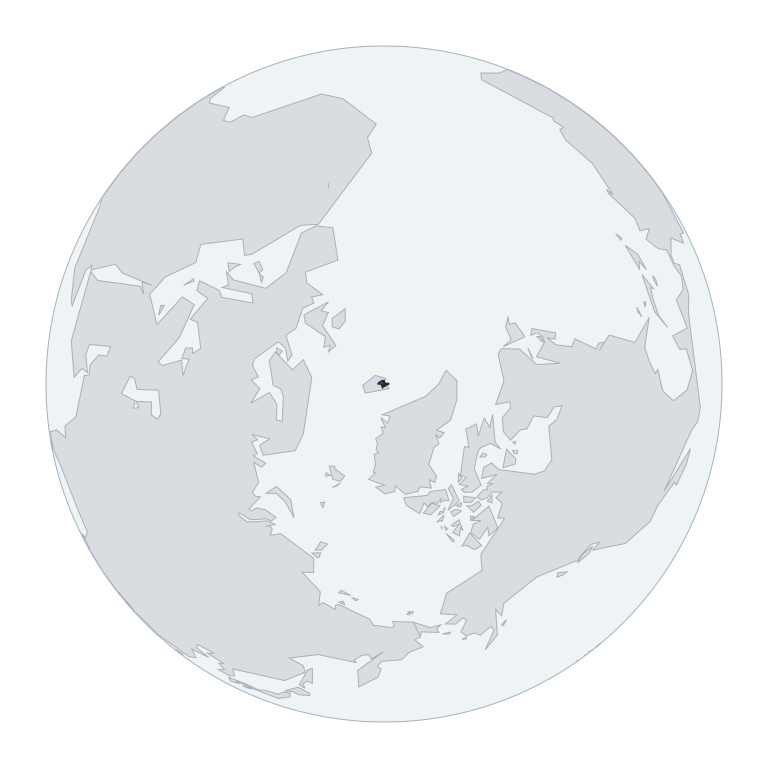 Vesturland highlighted on a globe, orthographic projection, rotated 184°
{"feature_id": "ISL-710", "entity_name": "Vesturland", "entity_type": "Region", "adm_level": 1, "iso_a3": "ISL", "parent_name": "Iceland", "parent_adm1": "", "projection": "orthographic", "projection_center": [-22.162, 64.9], "detail": "fine", "context": "on_globe", "style": "filled", "palette": "slate", "viewbox_px": 768, "rotation_deg": 184, "n_neighbors": 0, "source": "natural_earth", "source_scale": "10m", "svg_char_len": 13129}
<svg xmlns="http://www.w3.org/2000/svg" viewBox="0 0 768 768"><g transform="rotate(184 384 384)"><circle cx="384" cy="384" r="338" fill="#eef3f6" stroke="#a8b0b8"/><path d="M133.0,610.2L120.0,594.9L95.7,555.6L99.0,554.4L95.1,545.3L107.9,549.7L106.7,532.5L102.8,524.6L97.5,523.6L86.1,493.8L85.2,475.3L66.8,382.8L68.5,368.5L74.2,358.7L97.1,296.6L73.7,341.0L77.1,323.9L85.3,303.6L87.4,306.1L101.9,282.9L108.9,265.5L132.2,241.8L164.1,232.9L157.8,241.3L166.1,238.6L174.6,228.1L178.1,222.0L218.4,202.0L249.2,173.5L250.4,161.0L256.9,166.8L253.4,141.5L264.6,125.9L257.1,145.8L260.4,149.8L270.6,140.0L276.2,142.0L284.3,138.6L290.0,142.0L285.2,153.9L288.8,156.5L295.9,149.5L306.0,148.9L295.2,158.7L311.8,158.8L306.8,179.7L273.2,204.9L275.5,220.8L254.3,258.4L261.3,258.2L257.7,273.0L264.5,278.5L258.6,284.4L269.1,283.8L273.2,277.4L279.2,275.1L283.6,277.9L276.8,285.7L273.7,285.4L274.0,289.2L268.7,292.0L273.8,292.2L265.1,301.6L280.1,296.6L278.6,307.7L271.1,312.8L263.6,306.6L227.6,304.5L217.7,308.6L211.3,320.2L216.6,353.5L209.1,360.7L205.0,374.6L212.8,373.0L218.9,361.7L232.5,362.7L238.3,349.2L244.7,347.8L253.9,336.7L261.4,344.7L263.6,358.7L256.3,368.5L257.1,375.2L271.2,371.2L264.5,395.3L272.2,421.6L269.5,427.4L251.3,428.3L233.2,414.1L209.6,417.0L233.8,421.8L226.7,437.0L229.2,442.5L234.8,445.8L241.0,442.8L240.4,449.6L216.3,446.9L216.5,440.7L224.1,441.4L215.5,435.1L199.2,434.2L196.9,442.4L174.8,433.7L172.8,439.6L166.9,441.3L171.5,432.4L162.8,448.5L136.4,443.0L124.1,468.8L126.5,438.8L121.5,426.2L114.2,413.5L111.9,417.5L105.4,396.5L93.9,387.5L81.3,399.1L77.0,418.8L85.0,440.2L91.3,439.1L99.4,452.1L85.3,460.9L98.2,488.2L92.2,499.0L94.8,512.5L103.3,522.6L111.4,537.4L120.1,538.2L132.7,546.8L130.1,557.5L139.4,554.8L144.9,566.6L171.8,588.6L169.1,589.4L191.3,618.4L219.8,640.0L226.4,650.2L222.6,652.3L233.4,658.5L233.7,661.1L280.7,682.2L307.9,694.4L309.1,701.0L290.4,702.2L283.1,706.3L267.3,701.1L242.1,690.7L217.8,678.2L194.6,663.8L172.6,647.7L152.1,629.8L133.0,610.2ZM152.2,138.2L154.8,136.0L149.7,140.7L152.2,138.2ZM158.8,132.6L157.4,133.7L159.1,132.3L158.8,132.6ZM161.6,130.1L159.6,131.9L161.7,130.0L161.6,130.1ZM165.2,127.0L163.3,128.6L165.2,127.0ZM119.1,475.0L134.2,511.0L121.8,497.9L124.8,498.8L121.8,488.0L114.9,471.6L105.1,460.3L119.1,475.0ZM171.4,121.9L173.0,120.6L171.5,121.9L171.4,121.9ZM134.5,474.2L131.5,468.9L135.0,473.2L134.5,474.2ZM178.8,219.0L174.2,227.8L164.5,236.7L167.7,229.1L178.8,219.0ZM198.0,203.3L197.4,207.7L188.1,209.6L191.3,206.5L198.0,203.3ZM250.0,151.9L245.2,157.6L248.0,151.5L250.0,151.9ZM284.4,137.6L284.0,135.4L288.4,134.6L284.4,137.6ZM249.2,333.1L251.5,334.9L248.6,336.0L249.2,333.1ZM251.1,326.7L246.1,326.7L246.2,323.7L249.3,323.7L251.1,326.7ZM301.2,139.2L308.4,138.8L300.2,141.2L301.2,139.2ZM257.2,327.4L247.1,318.4L247.5,313.2L259.5,309.0L257.2,327.4ZM312.0,140.0L329.5,139.3L330.1,134.2L338.2,148.5L320.7,144.1L310.6,147.7L314.5,143.1L312.0,140.0ZM272.6,274.2L268.5,281.1L267.9,272.9L272.6,274.2ZM270.8,269.5L260.4,248.3L268.7,239.9L270.5,248.5L278.0,235.8L287.1,242.0L285.1,250.5L277.9,254.6L286.9,253.9L270.8,269.5ZM339.9,156.7L343.5,158.4L338.9,158.9L339.9,156.7ZM281.5,273.6L278.7,269.9L285.7,262.2L292.6,268.2L288.1,268.7L281.5,273.6ZM275.4,229.6L281.9,225.1L291.0,228.9L294.8,227.7L288.0,241.5L275.4,229.6ZM288.8,271.9L296.0,271.5L296.7,277.7L284.8,276.7L288.8,271.9ZM284.5,257.8L288.2,254.5L288.4,258.3L284.5,257.8ZM303.2,300.0L299.6,295.5L303.0,291.1L303.2,300.0ZM298.6,270.9L298.3,268.8L299.3,266.6L304.0,267.7L298.6,270.9ZM295.0,243.3L297.5,245.9L298.2,237.8L305.1,240.6L299.4,249.4L304.7,246.7L306.9,247.6L299.8,253.9L295.0,243.3ZM311.6,262.3L306.7,274.8L312.5,284.0L309.7,288.2L300.8,272.7L311.6,262.3ZM305.3,256.8L308.6,261.1L303.4,263.9L298.0,262.7L305.3,256.8ZM311.9,239.4L302.8,232.9L304.3,231.2L311.9,239.4ZM314.3,264.4L315.5,261.3L315.4,264.7L314.3,264.4ZM313.8,246.3L310.3,244.2L312.2,242.4L313.8,246.3ZM320.6,257.2L319.0,261.1L315.3,260.4L320.6,257.2ZM318.3,251.8L321.7,249.7L314.9,257.7L316.4,251.1L318.3,251.8ZM316.1,245.0L316.1,243.2L317.3,246.1L316.1,245.0ZM335.7,258.0L328.0,268.3L319.7,266.4L328.3,256.7L335.7,258.0ZM667.7,200.3L665.8,198.9L675.0,213.9L671.3,209.6L669.6,215.7L681.0,238.1L701.3,281.1L709.1,295.5L713.9,313.1L707.2,315.3L697.6,308.0L699.4,319.8L689.1,329.5L683.4,371.7L678.8,372.2L678.6,382.3L670.7,393.0L662.3,392.6L659.3,402.4L680.6,402.9L683.5,392.2L680.6,374.8L686.5,378.3L693.6,369.1L699.0,405.1L684.4,475.8L676.8,467.3L633.5,464.5L631.3,458.5L630.9,458.1L630.0,457.6L632.4,468.7L622.9,466.4L652.6,476.3L660.3,484.8L684.3,477.3L683.6,482.0L689.4,476.7L700.5,440.3L701.9,444.4L700.5,478.3L679.6,541.8L678.8,548.9L677.1,552.2L662.7,575.1L646.5,596.9L628.6,617.2L609.1,636.1L588.2,653.3L565.9,668.8L564.1,668.7L577.3,656.6L577.6,652.0L557.8,649.1L562.6,635.6L555.7,634.4L542.5,642.6L533.8,640.6L525.2,644.4L466.6,668.9L444.9,665.7L409.9,642.6L417.7,628.7L412.4,613.4L460.7,538.6L478.4,536.5L525.0,504.1L532.2,502.6L534.9,518.8L576.4,510.5L580.2,492.1L609.7,475.5L624.0,457.2L614.7,427.4L591.1,456.9L578.9,449.9L591.3,416.2L610.8,390.4L606.7,386.9L587.6,393.7L585.1,378.5L580.2,395.2L587.3,395.3L584.4,406.0L577.7,406.6L577.1,401.1L569.3,406.7L574.2,432.3L581.9,435.2L565.7,457.1L577.1,464.1L575.1,474.1L555.1,466.1L551.8,459.1L520.3,455.6L522.3,464.8L552.2,469.0L546.0,471.9L548.9,485.1L541.7,477.4L508.6,471.2L489.3,488.2L476.8,529.0L463.0,537.0L446.0,536.3L438.6,504.4L470.2,490.1L468.0,479.3L451.3,468.9L462.4,465.7L459.5,460.0L470.4,453.9L475.7,433.3L485.3,425.8L477.7,406.5L481.6,400.2L485.0,413.3L492.5,418.7L515.1,400.1L516.6,393.2L509.8,382.3L516.9,378.8L507.5,370.7L515.7,355.4L497.7,367.6L489.3,355.8L489.0,340.9L483.0,339.4L483.5,363.9L486.6,371.8L494.5,375.0L500.1,399.4L494.5,408.4L476.3,391.6L466.2,402.7L456.5,385.4L461.0,328.7L467.9,311.3L499.7,304.5L503.7,314.3L494.3,321.4L511.9,324.4L506.2,319.5L512.1,316.9L505.5,305.6L509.3,303.2L496.4,296.7L500.4,292.6L508.5,296.8L502.2,277.2L507.9,266.4L504.6,263.2L499.5,262.8L510.1,249.7L507.2,247.9L502.6,251.5L493.8,250.4L482.5,243.6L486.8,239.4L491.5,241.3L507.7,239.3L519.5,245.3L520.1,243.0L510.9,236.8L491.1,239.2L483.0,236.3L492.0,233.7L488.1,234.4L485.4,231.7L486.8,225.2L476.8,227.5L441.9,205.1L441.1,190.9L452.9,190.7L433.0,172.2L433.7,158.6L429.5,161.8L417.1,155.6L416.7,159.8L413.7,160.9L381.8,148.3L377.6,142.5L359.0,141.6L356.8,143.4L358.9,147.6L338.2,148.5L330.1,134.2L335.5,130.9L326.7,124.6L340.2,118.1L347.3,110.1L367.1,107.2L371.0,101.5L367.1,99.8L369.5,91.1L387.9,80.1L390.2,96.5L366.0,116.7L377.4,108.8L379.9,113.0L387.1,111.8L394.7,106.3L392.4,104.2L430.9,109.5L459.3,104.0L444.9,97.4L442.6,91.0L462.4,81.2L515.1,89.2L512.6,82.5L517.0,82.1L529.1,87.4L523.1,88.1L529.3,93.9L524.1,93.8L541.5,103.2L534.7,103.5L551.6,111.2L552.6,107.8L539.7,99.0L557.2,106.1L552.7,97.9L559.6,98.5L592.3,118.6L614.3,137.6L617.2,139.9L622.1,145.6L634.5,158.1L632.9,155.4L651.2,177.1L667.7,200.3ZM453.0,575.5L453.8,581.0L453.0,575.5ZM637.7,374.1L645.3,356.0L630.9,349.8L632.6,342.4L627.1,343.2L629.8,349.4L614.7,349.8L614.0,337.2L607.4,332.9L604.6,338.8L608.4,362.0L630.0,361.4L633.0,371.7L637.7,374.1ZM172.8,589.2L175.7,593.7L171.1,590.4L172.8,589.2ZM118.1,500.7L122.2,506.4L123.7,511.0L120.2,507.4L118.1,500.7ZM157.7,543.9L163.4,550.2L156.6,545.6L157.7,543.9ZM137.0,516.1L153.0,539.1L140.0,531.1L130.2,516.5L138.1,523.8L137.0,516.1ZM128.5,479.0L130.6,483.3L128.7,484.6L128.5,479.0ZM137.0,477.4L135.8,476.3L135.6,472.7L137.0,477.4ZM228.1,437.1L230.0,437.5L234.8,442.0L230.8,442.2L228.1,437.1ZM266.6,449.2L264.9,460.0L263.3,452.2L257.4,454.3L246.8,440.9L267.6,429.6L260.1,437.0L266.6,449.2ZM238.5,420.5L242.9,429.9L237.3,420.1L238.5,420.5ZM432.7,435.7L439.7,437.4L440.3,445.6L428.1,456.2L427.0,444.3L432.7,435.7ZM449.4,438.0L434.7,419.0L441.7,412.1L440.3,419.1L446.4,416.4L445.7,427.1L466.7,439.4L468.6,447.5L445.1,462.0L451.7,452.6L444.5,451.4L449.4,438.0ZM385.0,386.9L378.7,379.7L402.0,373.7L405.1,381.2L393.2,392.0L382.4,389.5L385.0,386.9ZM280.4,322.2L276.5,320.6L278.4,318.3L283.2,317.8L280.4,322.2ZM301.3,298.3L299.4,327.2L294.8,326.7L299.2,344.7L288.9,350.6L286.4,338.6L281.7,356.9L275.4,348.4L273.5,361.1L269.1,333.8L263.2,327.3L273.7,332.2L283.3,327.0L285.7,322.7L288.1,306.0L280.1,289.8L288.4,282.4L296.4,281.5L299.5,284.2L293.1,288.1L302.0,289.0L295.2,296.7L301.3,298.3ZM385.0,280.5L376.2,282.9L392.8,287.9L386.1,294.9L388.5,295.1L386.8,303.0L388.9,313.1L384.7,315.3L387.3,318.3L386.3,323.8L388.5,328.7L381.6,334.6L383.8,341.2L379.3,340.2L384.8,350.1L377.7,345.4L375.6,352.4L383.6,353.2L341.4,374.7L329.3,388.0L323.0,401.9L311.6,392.6L310.1,373.9L315.0,352.7L328.3,341.5L320.7,339.5L324.9,333.7L329.1,337.7L325.0,328.1L329.6,324.4L333.8,306.8L325.1,295.8L326.5,289.2L332.1,291.7L329.5,283.5L341.2,283.9L342.4,279.4L355.1,275.4L365.4,283.2L365.9,277.5L375.6,274.5L385.0,280.5ZM339.4,257.2L353.2,264.5L356.3,272.0L332.9,275.9L330.2,280.0L315.2,283.1L311.1,272.2L315.7,272.3L319.2,269.8L319.1,274.2L321.9,268.9L328.4,268.9L332.2,264.8L335.7,268.2L339.4,257.2ZM535.5,493.3L540.1,490.9L546.3,485.5L548.2,494.0L535.5,493.3ZM512.9,489.6L516.3,486.1L522.2,495.0L517.3,497.7L512.9,489.6ZM513.3,476.9L516.1,485.2L511.7,482.3L513.3,476.9ZM487.7,409.7L490.8,405.6L493.1,407.5L493.6,412.7L487.7,409.7ZM432.8,298.5L427.3,298.3L427.0,296.0L416.7,289.3L420.9,283.8L428.7,285.7L432.8,298.5ZM613.5,436.8L612.3,446.7L608.8,447.2L610.0,443.7L613.5,436.8ZM580.9,473.4L590.8,468.4L581.4,475.7L580.9,473.4ZM435.6,291.4L430.9,289.2L435.9,287.9L435.6,291.4ZM423.4,279.5L428.4,277.1L420.2,282.4L423.4,279.5ZM709.3,295.3L710.1,295.3L712.1,303.2L709.3,295.3ZM620.0,142.2L626.5,148.8L625.4,147.9L616.3,139.0L620.0,142.2ZM565.1,99.9L570.0,102.2L573.0,104.0L573.6,104.9L565.1,99.9ZM464.4,244.3L474.2,259.5L483.9,267.3L493.8,266.8L484.1,274.3L469.0,262.1L464.4,244.3ZM444.2,210.3L435.6,211.3L436.4,206.9L438.5,206.1L444.2,210.3ZM441.1,213.6L436.1,222.3L429.3,220.4L434.7,213.9L441.1,213.6ZM436.4,256.4L439.0,261.2L434.9,262.1L436.4,256.4ZM503.4,72.8L501.9,73.8L494.2,70.8L497.4,70.9L503.4,72.8ZM467.5,62.9L491.6,70.3L510.7,77.4L507.3,75.0L516.1,76.8L518.5,80.4L501.3,75.3L487.7,70.1L480.8,70.1L467.9,67.2L463.1,69.6L455.9,69.0L456.0,65.4L467.5,62.9ZM461.6,71.0L448.7,75.5L436.3,70.2L436.4,68.0L447.5,68.1L453.4,70.8L461.6,71.0ZM442.0,75.2L447.5,78.1L440.2,93.4L435.6,95.4L434.6,80.3L439.8,82.3L443.7,79.7L442.0,75.2ZM345.0,155.8L343.6,158.2L342.1,155.5L345.0,155.8ZM413.8,163.3L409.5,164.4L408.0,161.1L413.8,163.3ZM396.8,165.8L401.6,168.7L394.8,167.3L396.8,165.8ZM412.5,175.3L402.6,170.8L414.6,172.6L412.5,175.3Z" fill="#d9dde1" stroke="#a8b0b8" stroke-width="1"/><path d="M385.9,387.1L385.7,387.1L385.8,387.0L385.8,386.9L385.4,386.9L385.1,387.0L384.9,387.2L384.9,387.3L384.6,387.4L384.6,387.5L384.4,387.5L384.2,387.4L384.3,387.3L384.4,387.2L384.5,387.1L384.8,387.0L384.5,387.0L384.4,387.0L384.3,386.9L384.3,386.7L384.5,386.4L384.8,386.1L385.0,386.1L384.9,386.0L384.9,385.9L385.0,385.8L385.2,385.7L385.3,385.7L385.3,385.8L385.5,385.9L385.4,385.8L385.4,385.7L385.5,385.7L385.2,385.7L385.4,385.5L385.6,385.5L385.4,385.4L385.2,385.6L385.3,385.4L385.1,385.5L384.9,385.8L384.8,386.0L384.7,386.0L384.4,386.2L384.4,385.9L384.3,386.0L384.2,386.4L384.2,386.5L383.9,386.5L383.9,386.4L383.8,386.2L383.8,385.9L383.7,386.0L383.5,385.9L383.5,385.7L383.4,385.5L383.3,385.4L383.4,385.5L383.5,385.5L383.5,385.4L383.6,385.2L383.9,385.1L383.9,384.9L383.8,385.1L383.7,385.1L383.5,385.3L383.4,385.3L383.4,385.2L383.5,385.1L383.5,384.9L383.3,384.8L383.3,384.7L383.2,384.5L382.9,384.7L383.0,384.7L382.8,384.8L382.7,384.7L382.8,384.7L382.7,384.6L382.4,384.6L382.1,384.6L381.8,384.6L381.4,384.5L381.3,384.4L381.1,384.4L380.9,384.4L380.8,384.5L380.7,384.6L380.5,384.4L380.4,384.5L380.3,384.8L380.2,384.9L379.8,385.0L379.6,384.9L379.5,384.7L379.4,384.4L379.3,384.2L379.3,383.9L379.3,384.0L379.5,383.9L379.8,383.8L380.0,383.9L380.3,384.0L380.3,383.9L380.5,383.9L380.6,383.7L381.0,383.7L380.9,383.6L381.0,383.6L381.2,383.8L381.3,383.8L381.3,383.7L381.3,383.4L381.5,383.3L381.6,383.5L381.6,383.9L381.6,383.7L381.8,383.5L381.8,383.4L382.0,383.4L382.1,383.5L382.1,383.4L382.3,383.3L382.4,383.2L382.2,383.2L382.3,383.2L382.5,383.0L382.7,383.3L382.8,383.4L382.9,383.5L383.0,383.5L382.9,383.5L382.9,383.4L382.9,383.2L383.0,383.2L383.3,383.1L383.5,383.1L383.8,383.1L384.0,383.2L384.3,383.2L384.5,383.2L384.8,383.2L384.8,382.9L385.0,382.8L385.1,382.5L385.1,382.3L385.0,382.2L384.9,382.2L384.8,382.3L384.4,382.7L383.6,382.6L383.4,382.4L383.4,382.5L383.1,382.5L383.0,382.4L383.3,382.4L383.2,382.3L383.1,382.2L383.3,382.0L383.3,381.9L383.5,381.8L383.6,381.7L383.9,381.5L384.1,381.4L384.2,381.2L384.4,381.2L384.5,381.1L384.7,380.9L385.0,380.8L385.1,380.7L385.3,380.5L385.3,380.4L385.4,380.5L385.4,380.9L385.3,381.0L385.2,381.1L385.3,381.2L385.3,381.3L385.5,381.2L385.7,381.3L385.9,381.7L385.9,381.8L386.0,381.8L386.2,382.0L386.3,382.3L386.2,382.6L386.2,382.8L386.2,383.0L386.3,383.1L386.4,383.3L386.6,383.5L386.8,383.5L387.0,383.6L387.2,383.8L387.4,383.8L387.5,383.8L388.4,383.6L388.5,383.7L389.9,383.7L389.9,383.8L389.6,384.2L389.5,384.5L389.5,384.9L389.4,385.0L388.7,385.4L387.9,386.0L387.5,386.1L387.4,386.2L387.1,386.5L386.8,386.9L386.6,387.1L386.4,386.9L386.3,387.0L386.0,387.0L385.9,387.1Z" fill="#64748b" stroke="#1e293b" stroke-width="1.5"/></g></svg>